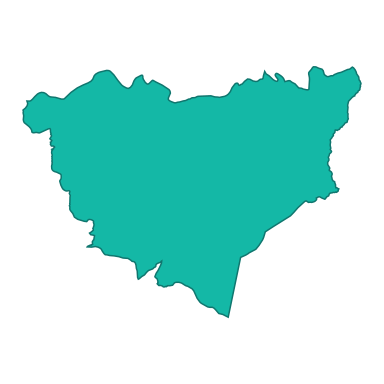 Ta Phraya, Sa Kaeo, Thailand
{"feature_id": "78962969B35717105956499", "entity_name": "Ta Phraya", "entity_type": "district", "adm_level": 2, "iso_a3": "THA", "parent_name": "Thailand", "parent_adm1": "Sa Kaeo", "projection": "albers", "projection_center": [102.705, 14.016], "detail": "fine", "context": "isolated", "style": "filled", "palette": "teal", "viewbox_px": 384, "rotation_deg": 0, "n_neighbors": 0, "source": "geoboundaries", "source_scale": "gbopen_adm2", "svg_char_len": 5806}
<svg xmlns="http://www.w3.org/2000/svg" viewBox="0 0 384 384"><path d="M228.2,317.2L240.6,257.4L245.9,255.0L248.5,253.4L249.0,252.9L255.8,249.3L259.0,245.4L262.6,239.8L263.6,237.5L265.3,231.8L273.4,226.5L290.5,215.8L293.9,212.3L297.9,207.7L304.7,201.5L305.5,201.1L306.4,201.0L308.4,202.4L310.3,202.2L311.7,202.4L313.9,201.8L315.3,201.0L316.5,199.7L316.6,198.9L316.3,198.0L318.7,196.8L319.7,196.8L322.0,198.1L324.8,199.2L325.2,199.0L326.7,196.9L328.7,195.8L329.2,194.1L330.2,193.1L332.3,192.8L333.1,192.4L334.8,192.5L335.9,192.0L336.6,192.3L338.2,191.0L338.2,190.0L338.7,189.3L338.8,188.8L337.8,188.5L336.8,187.7L335.9,187.8L335.5,186.1L335.6,184.9L334.7,182.6L334.8,182.0L334.1,181.4L333.1,180.9L332.2,179.4L331.7,176.8L331.4,176.2L332.1,174.6L332.1,173.5L331.4,172.0L329.9,170.8L329.3,170.5L329.3,169.6L329.7,168.6L329.6,167.7L327.7,164.5L327.7,162.3L328.9,160.2L328.9,158.9L328.4,157.8L328.3,157.1L329.0,155.9L329.6,153.7L330.9,152.7L331.5,151.7L331.5,151.3L330.2,149.4L330.8,148.2L330.2,145.4L330.2,144.4L330.6,142.1L330.2,139.8L331.8,137.9L332.4,136.7L333.4,135.7L333.2,134.2L334.8,132.6L335.2,130.1L335.8,130.0L337.4,130.4L338.6,129.5L339.4,129.4L340.5,127.6L341.4,127.1L342.1,127.0L342.3,126.3L344.2,124.4L344.8,123.3L345.5,122.8L346.8,122.4L347.2,122.0L347.5,120.3L348.3,118.8L348.0,117.8L347.9,114.9L348.1,114.0L347.5,112.6L348.0,107.0L347.7,106.7L347.7,104.9L348.6,101.2L352.3,97.2L354.1,96.0L354.6,96.0L354.6,95.6L356.1,93.3L357.7,92.4L358.3,90.8L359.5,90.1L359.9,89.5L359.8,88.8L360.2,87.7L360.1,87.2L360.6,86.1L360.3,85.5L360.4,84.7L361.0,83.9L360.8,82.9L360.4,82.2L360.1,81.1L359.1,79.9L358.7,76.9L356.5,73.6L356.3,72.3L355.1,69.8L353.5,67.8L352.3,67.1L349.6,69.2L347.6,69.5L341.2,72.3L337.9,73.1L334.3,74.6L332.8,75.8L331.2,75.7L328.4,76.6L327.6,76.6L326.9,76.5L324.8,75.0L324.2,74.3L323.2,70.7L322.0,69.2L318.7,68.2L315.9,66.9L313.4,66.8L312.5,67.6L311.6,69.1L309.0,72.2L308.7,72.9L308.7,74.0L309.4,77.6L309.5,79.5L308.9,89.2L308.5,89.6L307.2,89.9L303.3,89.1L301.7,88.3L298.7,87.9L295.1,83.9L292.0,82.3L289.9,80.7L288.3,80.7L284.9,81.6L283.5,78.4L282.3,77.0L280.9,75.8L278.0,73.9L276.8,73.4L276.1,73.5L275.3,74.4L275.3,75.6L276.3,77.2L277.9,79.2L278.0,79.7L277.4,81.1L276.9,81.3L275.6,81.1L273.2,79.7L269.1,75.8L266.1,73.9L264.7,71.4L263.4,76.0L263.1,78.0L262.6,78.8L262.1,79.1L260.2,79.3L257.5,81.3L255.8,81.5L253.1,81.0L249.9,79.3L247.6,79.0L244.6,81.3L242.5,83.7L242.0,84.1L241.0,84.4L239.7,85.3L239.0,85.3L237.8,83.4L237.4,83.2L236.2,83.2L235.0,83.9L232.1,87.7L230.4,91.5L228.5,94.0L226.5,95.5L224.7,96.3L219.3,97.4L218.0,97.1L214.8,96.9L210.9,95.8L198.4,96.3L197.3,96.5L195.1,97.6L192.0,97.8L189.9,99.0L188.6,99.1L185.7,100.5L183.0,101.0L179.6,102.0L177.7,102.2L175.3,102.9L174.1,102.7L170.5,101.3L169.0,100.3L168.3,99.4L168.4,97.9L170.4,93.1L170.0,91.1L169.0,89.6L162.2,85.1L155.7,81.9L153.3,80.5L152.7,80.3L152.1,80.6L148.9,83.7L147.8,84.1L147.2,84.0L145.3,82.5L143.4,79.4L142.9,78.0L142.8,76.3L142.5,75.4L142.0,75.2L141.2,75.3L136.2,77.9L135.1,79.1L133.9,81.0L132.4,84.9L130.4,87.4L128.4,88.4L126.7,88.1L123.6,86.5L121.7,85.1L117.9,80.5L113.8,74.8L110.3,71.3L108.9,70.6L106.7,70.4L100.0,72.0L98.3,72.6L95.7,74.1L94.3,75.6L92.7,79.3L91.0,81.2L88.3,82.8L83.1,85.0L77.3,87.9L71.0,92.4L64.4,98.7L63.4,99.1L61.5,99.1L55.5,97.4L50.4,96.9L48.6,96.1L45.9,93.7L44.6,93.0L43.5,92.6L41.4,92.4L39.3,93.0L37.5,94.0L34.7,96.7L32.5,99.2L30.8,100.7L29.6,101.1L26.9,101.0L27.7,103.4L27.2,105.6L25.5,108.0L23.0,110.1L23.4,111.4L23.1,112.8L23.7,115.8L23.3,119.5L23.5,120.9L24.2,122.6L29.0,126.5L30.5,128.2L31.5,129.9L32.0,132.2L32.6,132.6L33.7,132.8L36.3,132.4L39.0,132.9L39.8,132.8L48.3,128.9L49.9,128.6L50.4,129.2L50.5,132.1L51.0,133.4L50.7,134.3L51.4,135.3L51.5,136.0L49.9,138.8L50.7,139.7L51.8,140.4L51.2,141.8L50.4,142.2L50.7,143.6L50.4,144.3L51.4,146.0L53.5,146.1L54.3,146.6L54.6,147.1L53.5,148.2L53.5,148.8L53.2,148.9L52.8,149.5L52.6,149.0L52.1,149.1L52.2,149.6L51.7,149.9L52.1,150.3L51.7,151.6L51.6,152.9L52.2,154.9L52.2,155.6L51.8,156.4L52.1,157.5L51.9,158.4L52.2,159.4L51.9,160.2L52.2,160.9L51.9,161.7L52.3,162.4L52.0,163.2L52.2,164.3L51.8,164.9L51.6,166.2L51.8,168.8L52.4,170.0L53.3,170.9L54.6,171.6L56.7,172.2L60.4,174.0L60.9,174.5L61.2,175.5L61.2,177.9L61.0,178.9L59.9,180.6L59.8,181.4L60.9,185.2L62.1,187.7L62.8,188.9L64.2,190.1L65.6,190.8L66.7,191.0L68.9,190.7L69.5,190.9L69.8,191.3L69.8,191.9L69.3,193.4L70.3,195.6L70.0,197.0L69.9,202.7L69.7,203.6L70.0,204.3L69.4,205.8L69.9,206.7L69.8,209.1L70.4,210.5L72.8,213.5L74.4,217.1L77.7,219.3L84.3,221.3L86.7,221.6L88.2,219.8L89.1,219.4L91.3,219.7L93.4,220.9L93.6,221.5L93.4,222.4L94.0,224.4L93.9,225.7L92.9,228.6L93.2,228.8L93.3,230.2L91.1,232.1L89.5,233.1L90.7,234.7L93.5,235.2L94.5,235.6L93.8,239.8L93.3,240.1L92.3,241.8L92.6,244.4L91.3,244.7L91.3,245.2L90.1,245.2L87.5,246.4L87.2,246.9L91.7,247.1L95.4,246.5L98.2,247.2L100.0,248.1L101.3,249.2L102.4,251.3L104.0,253.6L105.2,254.7L107.2,254.9L109.5,255.5L114.2,255.9L118.9,256.7L123.0,258.0L128.0,258.4L130.8,260.2L132.0,261.3L134.3,261.8L135.3,263.0L136.0,265.1L136.4,268.5L137.2,270.8L137.6,277.5L138.3,279.2L139.3,278.7L141.8,276.5L144.5,274.9L146.5,272.4L148.5,270.5L152.7,268.9L153.9,267.7L155.4,266.9L155.8,266.3L155.9,265.0L156.5,264.0L158.8,262.8L160.4,262.4L160.9,261.6L161.7,261.0L161.5,263.0L160.6,265.3L158.1,270.4L156.2,273.3L154.9,276.6L155.3,277.4L157.1,278.8L157.9,281.2L157.8,282.6L158.1,282.9L157.2,283.8L158.6,285.3L159.1,285.6L159.7,285.3L161.1,285.6L162.5,286.1L163.2,286.8L164.1,287.0L165.0,286.6L166.0,286.7L166.0,286.4L167.0,286.3L167.5,285.7L170.0,285.7L172.6,285.2L174.5,282.8L176.1,282.3L178.9,282.3L181.5,283.0L184.9,285.2L186.2,285.9L187.6,286.2L192.1,288.8L193.8,290.9L197.2,298.4L200.0,302.2L201.4,303.4L207.7,306.9L209.7,307.3L212.4,307.3L213.8,308.0L215.4,309.5L218.8,313.5L222.7,314.4L228.2,317.2Z" fill="#14b8a6" stroke="#0f766e" stroke-width="1.5"/></svg>